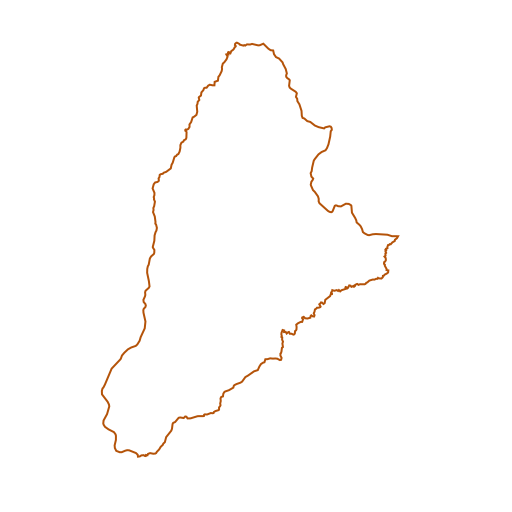 the district of Támesis, Antioquia, Colombia, rotated 186°
{"feature_id": "7082276B51026070835233", "entity_name": "Támesis", "entity_type": "district", "adm_level": 2, "iso_a3": "COL", "parent_name": "Colombia", "parent_adm1": "Antioquia", "projection": "orthographic", "projection_center": [-75.723, 5.674], "detail": "fine", "context": "isolated", "style": "outline", "palette": "amber", "viewbox_px": 512, "rotation_deg": 186, "n_neighbors": 0, "source": "geoboundaries", "source_scale": "gbopen_adm2", "svg_char_len": 6097}
<svg xmlns="http://www.w3.org/2000/svg" viewBox="0 0 512 512"><g transform="rotate(186 256 256)"><path d="M394.8,108.2L395.2,105.7L394.7,102.3L388.3,95.5L386.7,92.9L386.2,91.1L387.6,83.2L390.4,76.5L390.4,73.5L389.9,72.3L388.3,70.3L384.6,68.2L378.9,66.0L377.0,63.9L376.5,62.5L376.1,58.4L376.8,52.9L376.3,50.3L374.6,47.6L371.0,46.6L369.1,46.8L365.7,48.7L363.9,49.4L361.9,49.5L354.8,47.5L352.9,46.0L352.4,44.1L350.5,44.6L349.2,45.7L346.8,46.2L346.0,45.6L344.7,45.5L344.4,45.9L344.5,46.6L343.1,46.5L342.7,47.9L340.7,48.9L337.4,48.6L335.5,49.0L334.7,49.6L334.2,50.8L332.1,53.5L330.8,56.3L328.9,58.5L328.6,59.7L327.2,61.3L326.4,66.5L322.0,73.4L321.5,75.4L321.4,80.2L320.9,81.4L319.1,82.4L316.0,87.0L314.5,87.5L311.0,87.3L309.6,89.0L308.4,88.9L307.1,87.3L304.1,87.7L297.3,90.6L291.4,91.3L291.0,91.5L291.0,92.7L290.5,93.1L288.0,93.3L284.5,95.1L282.6,95.1L281.8,95.4L281.6,96.4L280.2,97.5L277.1,98.8L276.7,99.4L276.9,101.6L276.0,102.9L275.7,103.9L276.2,105.5L275.9,108.1L276.4,110.7L275.8,112.2L274.2,112.9L274.1,115.6L273.4,117.2L272.6,118.0L268.9,119.7L264.8,122.7L264.5,124.6L264.0,125.3L262.0,126.6L258.2,128.4L256.7,129.6L253.9,134.5L251.5,136.2L245.9,141.1L242.3,142.7L241.1,146.4L239.8,149.0L237.9,150.6L236.5,151.2L235.9,154.3L233.8,154.6L231.2,155.7L228.5,155.7L226.1,156.1L224.1,156.1L221.4,155.0L220.2,155.4L219.9,157.3L221.3,159.5L221.5,161.5L221.1,161.8L220.7,163.5L220.6,167.4L219.7,168.3L220.6,171.7L220.2,173.6L221.3,175.6L221.4,177.7L222.3,178.2L222.0,179.1L222.6,180.8L222.6,182.3L221.8,185.2L220.2,184.9L220.1,183.3L218.5,183.6L217.4,182.1L215.9,183.7L215.3,183.9L214.2,182.2L212.5,182.4L210.6,181.7L209.9,182.0L209.3,182.9L209.3,185.4L208.4,186.3L208.1,187.1L208.2,189.6L208.8,191.9L207.2,193.5L204.7,195.1L203.2,195.3L202.6,198.0L203.7,199.1L203.6,199.7L202.2,200.5L200.6,199.2L198.3,199.2L195.5,200.3L195.4,202.0L194.8,202.8L193.2,201.9L191.9,201.9L191.6,203.3L192.6,205.1L192.0,206.6L191.8,209.0L190.5,210.0L190.0,210.9L188.1,211.2L186.7,211.9L186.5,212.5L188.0,214.6L186.9,215.7L186.6,216.6L185.7,216.7L183.9,215.3L182.8,216.3L182.5,219.7L178.1,223.9L177.6,226.0L176.5,226.1L176.5,226.7L177.4,227.1L177.5,227.4L176.5,229.4L176.5,230.0L174.5,229.6L172.1,230.5L170.7,229.8L170.0,230.8L168.6,229.6L167.4,230.9L163.3,232.7L163.8,233.9L163.6,234.5L163.0,234.4L162.4,233.1L162.0,233.2L161.9,234.2L161.1,234.1L160.2,236.5L158.9,236.4L157.9,235.3L156.0,236.4L155.8,235.7L155.4,235.6L154.4,236.6L154.3,237.7L152.7,238.7L152.3,238.8L151.1,238.0L149.6,238.8L145.1,239.2L144.1,239.8L143.5,240.9L142.6,241.3L140.7,243.4L137.4,244.8L135.7,244.9L134.1,245.9L132.9,246.0L132.4,247.0L131.8,246.6L128.9,246.7L127.7,248.1L127.7,249.5L126.9,249.7L126.0,251.0L124.1,252.2L122.9,253.4L122.9,255.5L124.7,255.6L124.8,256.8L126.9,259.8L126.9,260.8L127.9,261.6L127.9,263.3L127.0,264.0L126.4,265.5L126.8,267.5L128.2,268.9L127.2,269.9L127.6,271.8L126.9,272.7L127.7,273.9L127.1,275.3L128.0,275.7L127.5,276.8L126.1,277.5L126.3,278.7L125.8,280.7L125.0,280.8L124.2,281.8L123.3,281.7L121.8,283.8L119.6,285.4L119.5,286.7L117.7,288.4L116.8,290.5L122.8,289.9L127.5,290.9L139.0,290.4L142.2,289.8L145.7,288.5L147.2,288.6L150.5,289.9L152.2,291.0L153.3,293.8L155.0,296.5L156.5,297.9L159.4,299.9L160.0,301.9L161.3,304.1L165.1,309.1L166.4,315.9L166.9,316.5L169.2,317.5L172.1,317.4L176.7,314.2L179.5,314.1L181.2,314.7L182.2,314.6L182.9,314.1L184.4,308.8L184.9,307.9L185.8,307.4L187.5,307.6L189.2,308.4L198.4,315.1L199.4,316.9L199.6,319.4L200.6,321.8L204.2,325.9L206.2,327.5L208.6,331.7L209.0,332.6L208.7,335.6L207.5,337.7L207.2,339.0L209.2,340.7L210.3,344.1L209.5,346.2L209.4,349.9L208.5,356.9L207.7,358.5L204.5,363.6L201.6,366.3L197.9,368.4L196.7,370.7L195.6,374.6L194.7,382.5L194.7,387.9L193.8,389.4L194.2,391.2L195.1,392.4L196.4,392.7L200.6,391.2L201.6,390.0L207.2,390.7L211.1,391.9L216.0,395.0L219.1,395.5L222.3,397.8L224.1,398.2L225.1,400.2L225.9,405.1L228.7,411.4L231.0,414.3L231.5,416.7L232.9,418.4L232.4,422.1L233.7,423.5L238.7,426.0L240.1,427.0L240.9,428.7L240.8,434.3L241.5,435.1L243.5,436.2L244.7,437.4L244.9,438.9L244.4,440.8L246.0,445.1L249.1,449.7L249.8,451.3L253.7,454.8L256.9,455.9L259.2,458.6L260.4,462.2L263.0,462.2L265.4,463.5L270.9,467.9L274.3,466.0L275.8,465.7L282.1,466.5L284.0,465.7L287.1,465.5L288.8,464.1L289.8,464.5L290.5,463.9L294.2,464.5L294.6,465.1L297.0,466.1L297.7,466.1L298.9,464.9L299.0,463.5L298.2,462.9L298.1,462.3L299.2,461.1L299.4,460.1L300.3,458.7L302.0,457.2L302.7,454.7L303.3,454.7L304.1,455.9L304.5,456.0L305.1,455.6L304.7,453.5L305.9,453.7L306.6,453.4L305.1,451.3L305.9,448.5L307.8,445.3L309.1,443.9L309.7,440.2L309.3,438.4L309.5,436.2L311.1,431.8L312.1,430.3L312.2,426.4L315.3,424.9L315.2,421.4L316.9,421.2L319.9,421.5L321.4,420.4L322.7,418.2L324.3,418.0L325.2,417.4L325.7,415.4L327.4,413.0L327.5,409.8L329.3,408.1L329.5,407.5L328.7,405.3L330.1,403.2L330.1,401.2L330.7,399.4L329.5,393.3L330.0,390.1L332.2,388.0L333.5,387.2L334.5,382.4L335.9,379.9L335.6,377.4L336.6,375.3L337.8,374.5L339.1,374.5L339.5,374.0L339.4,373.2L338.4,372.6L338.0,371.9L337.6,366.2L338.1,364.7L339.8,363.5L340.2,362.2L342.0,360.9L342.8,358.4L342.5,355.7L342.9,351.8L343.9,349.2L345.0,348.6L345.9,347.0L346.9,346.6L347.5,345.7L348.6,340.0L349.5,338.0L349.9,334.2L354.1,330.3L356.6,329.1L357.3,328.0L359.1,327.5L360.2,326.7L360.3,324.3L361.0,323.0L360.5,321.1L360.7,320.3L361.8,319.3L364.0,318.6L365.2,316.7L365.9,312.4L363.6,308.2L363.4,305.9L363.9,303.9L363.4,302.9L363.4,301.7L362.2,299.5L362.5,294.9L363.1,293.0L362.7,291.0L363.0,288.9L360.8,284.7L359.5,279.3L359.5,277.6L358.7,276.9L357.5,273.6L357.7,270.9L358.4,269.2L359.0,265.9L358.7,260.5L359.6,254.3L359.5,253.7L357.7,251.4L357.5,248.6L357.8,247.3L360.3,244.6L361.3,242.4L361.8,236.1L362.5,234.5L362.8,231.8L362.5,227.9L359.9,219.8L358.7,214.6L359.3,213.1L362.2,209.9L362.5,208.3L362.0,205.7L362.2,204.2L363.4,200.6L362.9,198.5L361.0,196.7L360.4,195.2L360.7,193.6L362.1,191.8L362.4,190.4L362.0,187.9L359.1,179.3L359.1,172.4L362.2,163.3L362.9,159.5L364.8,155.6L366.2,154.0L370.5,152.0L373.6,149.8L376.8,146.1L378.9,143.0L379.7,139.7L380.4,138.6L387.8,128.9L392.8,112.4L394.0,109.3L394.8,108.2Z" fill="none" stroke="#b45309" stroke-width="2"/></g></svg>